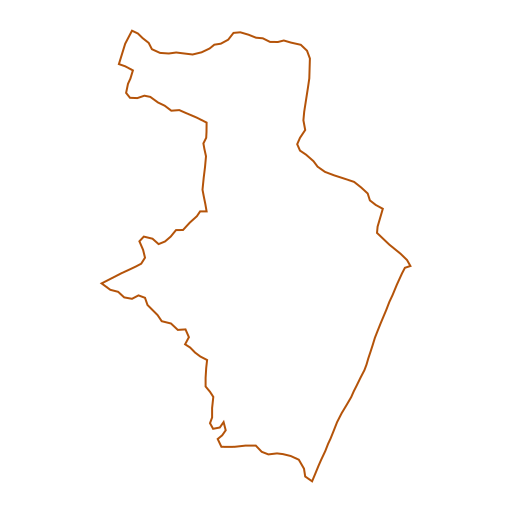 Recife, Pernambuco, Brazil
{"feature_id": "56859067B84901972140981", "entity_name": "Recife", "entity_type": "district", "adm_level": 2, "iso_a3": "BRA", "parent_name": "Brazil", "parent_adm1": "Pernambuco", "projection": "mercator", "projection_center": [-34.943, -8.042], "detail": "fine", "context": "isolated", "style": "outline", "palette": "amber", "viewbox_px": 512, "rotation_deg": 0, "n_neighbors": 0, "source": "geoboundaries", "source_scale": "gbopen_adm2", "svg_char_len": 2211}
<svg xmlns="http://www.w3.org/2000/svg" viewBox="0 0 512 512"><path d="M139.4,241.3L143.1,249.9L145.0,257.7L141.2,263.7L135.9,266.5L130.0,269.3L121.5,273.2L101.6,283.4L110.3,289.8L118.1,291.8L124.2,297.4L132.0,298.8L138.5,295.4L145.0,297.8L147.5,305.0L152.5,310.0L157.6,315.1L161.7,321.2L171.0,323.5L177.8,329.9L185.5,329.4L188.9,337.2L185.1,344.3L190.1,347.5L195.1,352.6L200.3,356.5L207.1,360.0L206.2,368.0L205.6,377.8L205.6,386.5L210.0,391.8L213.3,396.9L212.1,408.1L212.1,417.5L210.0,423.2L213.1,428.8L219.8,427.5L223.6,422.1L225.7,430.3L222.2,435.3L217.7,439.0L221.4,446.8L228.9,446.9L234.7,446.8L245.5,445.6L255.8,445.6L261.7,451.8L268.4,454.4L277.0,453.4L282.9,454.1L290.7,456.0L298.8,459.7L304.0,468.7L305.2,476.5L312.1,481.3L315.4,473.4L318.6,465.6L321.2,459.7L325.3,451.0L328.1,443.8L330.5,438.7L333.6,431.0L337.1,422.1L341.7,413.1L347.0,404.3L351.2,397.1L353.8,391.2L356.5,385.9L360.6,377.5L364.4,370.2L366.5,364.6L368.3,358.4L370.5,351.8L372.7,345.0L374.9,337.8L377.6,330.9L380.6,323.4L386.2,310.1L389.4,301.8L392.5,295.2L396.8,284.8L402.0,273.4L404.9,267.8L410.4,266.0L407.0,260.0L400.5,253.7L389.4,244.7L377.0,232.9L377.6,226.6L379.8,219.1L382.8,208.8L375.8,205.0L369.9,200.4L367.7,193.5L361.2,187.5L354.1,181.9L342.7,178.1L334.0,175.3L325.0,171.9L317.6,166.7L313.5,161.2L306.1,154.7L300.0,150.6L297.2,144.2L300.0,137.8L305.2,130.0L303.4,120.3L304.2,111.7L308.0,87.3L309.3,78.4L309.9,58.5L307.0,50.7L300.8,44.8L291.0,42.6L283.8,40.5L277.9,42.0L270.0,41.9L262.8,38.3L256.0,37.7L248.5,34.7L240.3,32.3L233.5,32.9L228.2,39.7L220.8,43.7L214.3,44.7L209.6,48.5L201.6,52.3L192.6,54.5L184.3,53.5L176.2,52.5L168.8,53.5L160.0,52.9L151.9,49.2L148.7,42.9L142.6,38.1L137.9,33.5L132.0,30.7L125.2,43.7L118.9,64.1L125.2,66.3L132.9,70.4L130.4,78.6L128.0,83.8L126.1,92.9L130.0,97.8L137.3,98.1L144.4,95.7L150.3,96.9L158.0,102.5L164.7,105.7L171.3,110.7L179.3,110.1L186.1,113.1L196.7,117.6L206.6,122.6L206.5,132.0L206.2,137.8L203.4,143.4L204.4,149.0L206.0,156.3L205.0,167.2L203.7,177.8L202.5,189.7L203.7,196.0L205.4,204.4L206.6,211.4L200.1,211.4L196.9,216.2L189.8,222.6L183.0,230.0L176.0,230.1L170.7,236.6L165.0,241.5L158.6,244.1L152.5,238.7L143.8,236.6L139.4,241.3Z" fill="none" stroke="#b45309" stroke-width="2"/></svg>